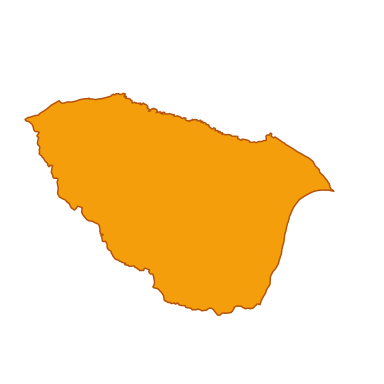 Adi Quala, Debub, Eritrea (Natural Earth projection), rotated 71°
{"feature_id": "51966322B57364805304830", "entity_name": "Adi Quala", "entity_type": "district", "adm_level": 2, "iso_a3": "ERI", "parent_name": "Eritrea", "parent_adm1": "Debub", "projection": "natural_earth1", "projection_center": [38.835, 14.613], "detail": "fine", "context": "isolated", "style": "filled", "palette": "amber", "viewbox_px": 384, "rotation_deg": 71, "n_neighbors": 0, "source": "geoboundaries", "source_scale": "gbopen_adm2", "svg_char_len": 6027}
<svg xmlns="http://www.w3.org/2000/svg" viewBox="0 0 384 384"><g transform="rotate(71 192 192)"><path d="M237.3,57.9L236.5,58.0L234.8,59.5L232.3,59.9L230.0,59.6L228.3,59.7L227.1,60.2L225.0,60.5L221.9,61.8L219.4,62.5L216.1,64.4L214.7,64.8L212.1,64.5L207.4,67.0L203.1,67.5L201.4,68.3L197.2,71.1L195.6,72.8L191.1,76.5L188.5,79.1L185.0,81.6L178.4,87.1L177.9,87.8L176.3,88.4L174.8,89.8L168.6,94.3L167.0,95.6L167.5,96.8L165.7,98.7L164.8,98.8L163.4,97.8L162.3,98.0L162.0,98.4L162.0,98.8L163.4,100.4L162.7,101.8L162.6,102.8L162.9,103.4L163.6,104.0L166.5,104.6L167.2,105.2L167.3,105.8L166.7,107.4L167.0,110.2L166.3,111.3L166.0,112.7L166.3,115.3L165.0,116.7L164.4,119.9L163.7,121.1L163.0,121.0L161.7,121.9L160.4,123.6L158.4,127.3L159.2,128.5L158.3,129.3L157.9,130.1L156.8,130.6L156.5,131.4L156.2,131.5L154.6,130.7L154.1,131.1L152.5,135.5L152.0,136.2L151.0,136.6L149.7,138.5L148.7,141.9L147.5,143.3L147.6,144.1L146.8,144.8L146.5,144.3L146.0,144.1L145.0,146.2L144.0,145.8L143.4,146.8L144.0,147.6L143.6,147.9L143.1,147.6L142.4,147.7L142.0,148.2L141.7,149.6L141.4,150.2L140.2,149.4L139.5,149.4L138.5,150.4L138.5,150.9L139.0,151.6L139.1,152.4L135.6,154.7L134.5,154.2L133.6,155.0L133.2,156.0L132.6,156.7L132.2,156.5L131.4,156.7L130.7,157.3L130.4,157.7L130.4,158.7L130.2,159.0L128.8,159.0L129.0,160.7L128.7,160.9L127.5,160.3L127.0,160.5L126.8,160.9L127.2,162.3L126.1,164.0L125.5,163.7L125.1,164.2L124.5,165.5L124.3,167.1L123.5,167.9L123.5,168.3L124.2,168.6L124.3,169.2L123.7,170.5L123.9,171.0L124.4,171.4L124.4,171.8L123.6,172.1L122.9,173.5L122.2,174.3L121.0,174.7L120.7,174.6L120.4,173.9L119.9,174.2L119.1,175.6L119.5,176.2L119.5,176.8L118.8,177.9L117.5,178.4L115.6,180.5L115.2,181.2L115.0,183.1L114.2,184.6L113.8,184.7L113.5,183.9L113.1,183.8L112.8,184.6L111.9,185.7L111.4,187.0L110.7,187.6L110.5,189.3L109.9,190.5L109.5,192.0L109.0,192.4L107.9,191.9L107.1,193.8L107.2,194.4L108.8,194.4L107.0,196.2L106.1,195.8L105.8,196.0L105.3,199.8L104.8,199.5L104.7,198.7L104.4,198.5L102.7,198.6L101.7,199.4L101.7,200.0L101.4,200.4L100.6,200.8L100.9,201.2L100.4,201.9L100.4,202.7L100.7,203.7L101.5,204.7L101.4,205.2L101.8,206.1L101.6,206.6L100.6,205.4L100.2,205.3L98.1,207.0L97.6,206.9L97.3,206.1L96.6,206.0L94.5,206.9L93.6,208.1L92.3,208.9L92.1,209.4L92.7,210.1L92.8,211.9L92.5,212.2L92.0,211.6L91.6,211.5L91.1,211.9L91.2,212.9L90.8,213.4L90.5,214.5L89.8,215.3L89.7,216.2L88.9,216.6L88.5,217.2L88.4,219.4L87.8,219.7L86.3,219.0L85.9,219.1L85.5,219.8L85.1,220.1L84.5,220.0L83.6,220.7L82.8,221.9L82.0,223.9L81.3,224.1L80.9,223.4L80.3,223.1L79.7,223.4L79.9,224.9L79.6,225.1L78.4,224.4L77.7,223.2L76.4,224.7L76.8,226.9L75.9,229.0L75.1,229.3L75.0,229.6L74.4,231.8L75.1,233.2L74.8,233.8L74.0,234.4L74.3,236.5L74.9,237.3L74.9,239.6L74.4,246.6L73.4,251.3L73.4,252.9L71.6,255.9L70.7,258.6L70.4,258.3L70.0,258.5L69.8,259.1L69.7,260.9L69.0,262.8L68.2,267.4L68.2,273.0L67.5,277.5L66.3,280.5L66.2,284.9L65.0,286.9L62.4,287.9L64.1,296.8L66.6,303.2L68.1,310.0L69.3,312.5L68.6,315.6L68.6,320.4L68.2,322.8L69.0,326.1L69.9,326.1L70.8,325.7L72.6,323.1L76.2,321.1L79.4,321.0L80.9,321.3L82.8,321.1L83.6,320.6L84.9,318.1L85.7,317.2L86.2,317.3L87.9,319.8L88.5,320.3L89.6,320.1L90.0,319.5L90.7,319.2L91.3,319.6L91.8,320.3L94.0,321.3L95.5,322.3L96.1,322.3L97.0,322.4L98.7,321.4L100.0,321.3L101.8,322.2L102.2,322.7L104.8,323.1L105.9,324.1L107.7,323.3L108.8,322.4L110.5,322.3L111.3,321.6L115.3,320.7L118.0,319.2L119.3,319.7L121.4,319.1L121.3,318.1L120.5,317.6L121.2,316.5L121.2,315.7L122.0,315.3L123.6,316.6L127.8,318.7L128.7,318.6L129.6,318.2L133.3,318.6L134.1,317.8L135.1,315.0L135.7,314.6L136.9,314.9L138.6,316.3L145.1,317.3L148.6,319.2L150.2,319.6L153.5,319.0L155.7,317.1L158.4,314.3L160.6,313.4L161.6,312.9L161.8,312.3L162.3,312.4L163.5,311.7L165.4,311.7L168.1,311.1L168.7,310.3L170.7,309.3L170.8,308.9L169.7,306.5L168.3,305.1L168.3,304.5L170.7,301.2L171.3,301.0L171.8,301.6L172.2,301.5L175.3,302.9L178.0,302.6L183.3,300.7L185.4,299.2L187.4,295.3L188.5,294.8L191.6,291.3L193.3,290.6L196.6,291.0L198.0,291.4L199.2,292.0L200.3,291.8L201.7,292.3L202.1,291.9L203.1,290.0L203.6,290.2L203.7,290.7L203.5,291.9L203.7,292.3L205.5,292.0L209.2,292.7L209.5,292.6L210.2,291.4L210.3,290.1L211.2,289.6L214.5,289.3L215.7,290.0L217.6,290.4L219.9,289.4L221.4,288.0L222.0,287.8L223.3,288.2L225.0,287.7L227.4,287.5L228.7,286.9L229.7,286.8L231.2,285.6L232.5,283.7L233.8,283.0L234.7,281.8L235.3,281.5L236.7,279.8L237.4,278.5L237.8,278.2L238.4,279.0L238.9,279.0L239.3,278.5L239.7,278.0L240.3,276.3L241.4,275.8L242.0,275.0L242.5,273.4L242.6,271.8L243.3,270.7L244.6,270.5L245.6,269.3L247.0,268.5L247.8,267.6L249.4,266.9L249.7,265.1L250.4,263.5L250.1,263.0L248.9,262.1L248.7,261.6L249.1,260.7L251.7,257.6L252.3,257.7L252.9,258.7L254.6,258.6L255.9,258.0L256.9,256.1L257.3,255.8L260.0,255.9L265.1,256.8L267.6,258.2L268.8,259.7L269.4,259.8L270.0,259.4L272.3,255.8L276.1,254.1L276.5,253.7L280.4,252.7L285.5,253.4L288.3,250.8L289.1,249.8L289.1,248.8L290.1,248.4L290.5,248.0L291.0,247.0L291.3,244.7L291.8,244.4L292.5,244.3L292.7,243.7L292.2,242.4L292.8,241.3L294.0,241.2L294.9,240.6L295.7,239.4L297.2,235.6L298.8,235.5L299.4,234.8L300.3,233.4L300.7,232.1L302.2,230.6L303.5,230.1L304.7,226.4L304.5,225.5L304.7,224.2L306.7,222.0L307.5,221.4L308.5,216.6L307.6,214.6L307.6,213.3L308.0,211.9L309.0,210.8L310.5,210.0L316.1,208.1L316.6,207.8L317.5,206.3L317.3,205.0L316.4,203.0L316.4,202.6L317.7,199.4L318.7,194.2L318.1,193.6L318.0,192.8L317.3,192.2L316.6,190.9L315.1,189.8L314.7,189.2L314.3,187.1L316.0,182.8L316.9,182.0L317.7,181.7L318.3,180.7L319.7,179.7L320.2,176.6L321.4,174.8L321.6,171.9L320.3,169.5L320.3,168.9L319.2,167.3L319.3,166.3L320.6,164.4L316.7,161.4L312.4,156.6L311.7,155.5L308.4,153.1L305.0,148.5L297.7,145.4L297.0,144.9L293.6,141.4L292.3,138.9L290.4,136.4L287.6,133.4L285.1,131.9L283.6,130.7L281.2,129.1L279.9,127.8L275.3,125.6L268.7,121.2L262.3,118.1L259.3,115.9L252.6,111.9L251.9,111.0L247.1,107.9L241.4,102.8L238.8,100.0L234.2,93.1L233.9,92.2L232.5,86.8L231.5,81.1L231.2,78.0L231.2,75.1L231.7,71.5L232.5,68.4L234.6,62.6L237.3,57.9Z" fill="#f59e0b" stroke="#b45309" stroke-width="1.5"/></g></svg>